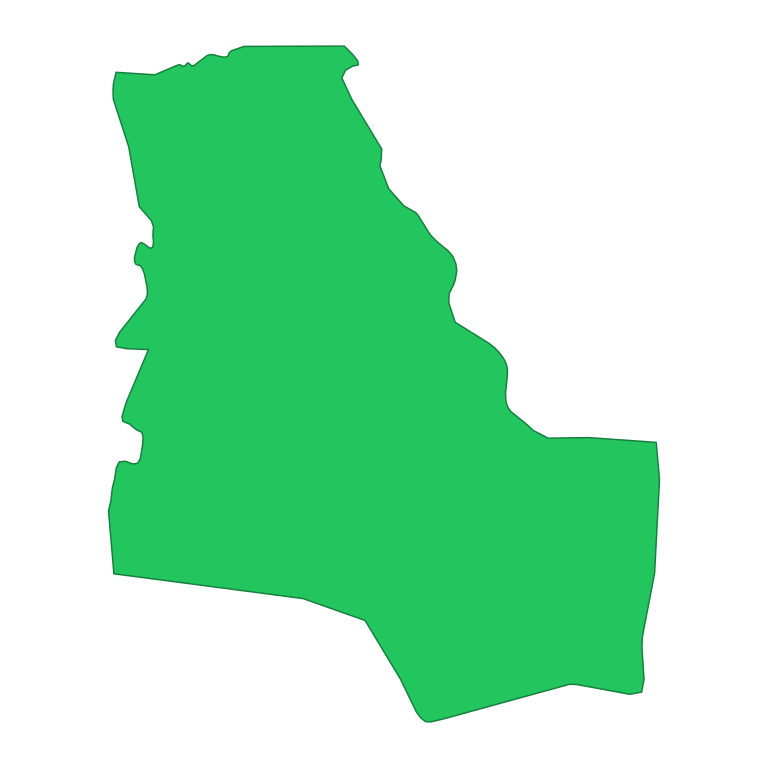 map outline of Dhi-Qar (Mercator projection)
{"feature_id": "IRQ-3225", "entity_name": "Dhi-Qar", "entity_type": "Province", "adm_level": 1, "iso_a3": "IRQ", "parent_name": "Iraq", "parent_adm1": "", "projection": "mercator", "projection_center": [46.195, 31.256], "detail": "fine", "context": "isolated", "style": "filled", "palette": "green", "viewbox_px": 768, "rotation_deg": 0, "n_neighbors": 0, "source": "natural_earth", "source_scale": "10m", "svg_char_len": 1814}
<svg xmlns="http://www.w3.org/2000/svg" viewBox="0 0 768 768"><path d="M139.3,206.7L128.7,146.7L113.3,99.3L113.0,90.0L113.5,83.5L116.1,72.3L154.8,74.8L178.4,64.8L180.5,64.9L182.3,66.3L183.8,66.2L185.3,65.4L187.0,63.5L188.1,63.0L189.1,63.4L190.1,64.5L192.0,66.0L193.9,65.6L207.2,55.5L210.4,54.5L213.8,54.8L217.4,55.9L223.3,57.1L226.1,57.0L227.9,56.1L229.3,52.6L231.3,50.8L244.1,46.4L344.3,46.1L352.9,54.7L357.7,60.9L358.3,64.8L352.0,66.4L345.5,70.3L341.8,77.9L351.9,99.5L381.7,149.0L381.2,159.7L379.9,165.8L388.7,188.7L403.8,205.8L415.8,212.7L418.1,215.3L430.1,234.6L436.4,241.1L448.8,251.5L452.9,256.5L455.8,263.6L456.8,270.6L455.3,279.8L453.3,285.3L449.2,293.5L448.8,299.4L449.0,303.6L455.2,322.3L489.5,343.7L494.2,347.4L498.6,351.8L503.5,358.4L505.8,363.0L507.1,367.0L507.5,371.0L507.3,376.0L505.6,392.1L505.6,396.8L506.0,401.1L506.9,404.9L508.3,408.1L510.9,411.6L527.6,425.1L533.0,430.3L548.1,438.2L588.6,437.6L656.2,442.4L659.5,479.7L654.6,573.3L644.8,624.0L642.4,636.8L641.9,646.8L644.0,679.6L641.6,692.1L629.9,694.3L576.5,684.5L569.4,684.3L443.5,718.9L430.7,721.9L425.6,721.7L420.6,717.8L416.4,712.0L400.5,679.2L365.1,620.5L303.1,598.6L113.9,573.8L108.5,511.0L110.8,501.2L112.4,487.8L114.5,479.5L116.3,468.0L119.2,461.9L125.1,461.2L132.9,464.0L137.6,463.3L140.3,458.7L142.6,444.8L143.1,436.9L141.8,432.3L139.5,431.2L136.4,429.8L131.8,426.1L130.3,424.4L122.9,421.4L122.0,416.6L126.3,402.1L148.5,349.6L127.2,348.7L116.4,346.8L115.4,340.4L119.7,332.1L146.2,298.7L147.5,293.5L147.1,287.5L144.4,273.7L142.4,268.5L140.2,265.5L138.0,265.0L135.9,264.2L134.6,261.6L134.5,257.5L136.9,247.8L138.9,244.2L141.0,242.6L143.2,243.4L145.2,244.7L149.1,247.7L150.8,248.1L152.3,247.5L153.1,245.3L153.5,242.0L152.9,236.0L153.2,229.6L153.6,227.5L151.5,220.8L139.3,206.7Z" fill="#22c55e" stroke="#15803d" stroke-width="1.5"/></svg>